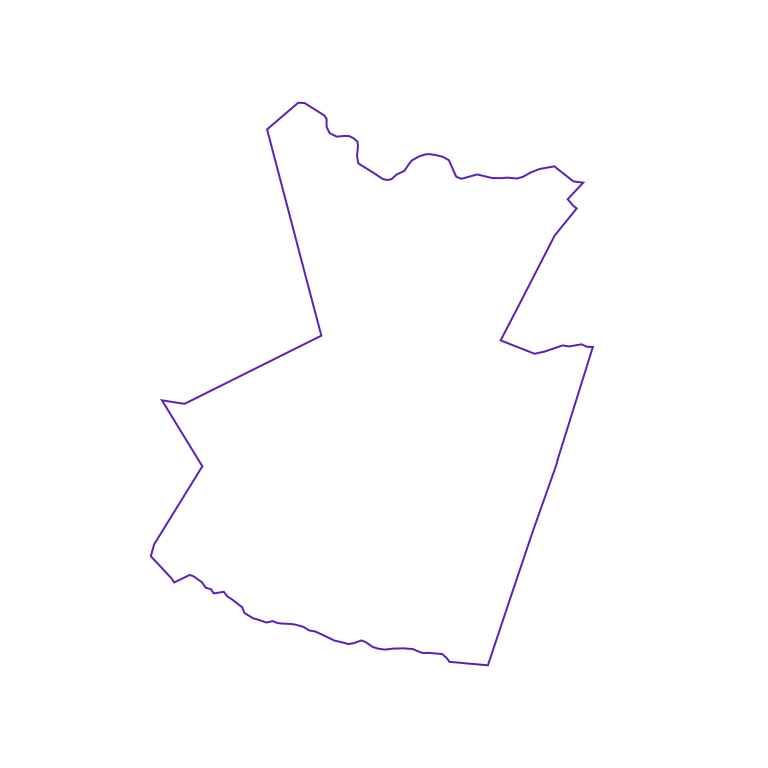 the district of Campo Grande, Rio Grande do Norte, Brazil, rotated 206°
{"feature_id": "56859067B93277354074556", "entity_name": "Campo Grande", "entity_type": "district", "adm_level": 2, "iso_a3": "BRA", "parent_name": "Brazil", "parent_adm1": "Rio Grande do Norte", "projection": "mercator", "projection_center": [-37.314, -5.897], "detail": "fine", "context": "isolated", "style": "outline", "palette": "violet", "viewbox_px": 768, "rotation_deg": 206, "n_neighbors": 0, "source": "geoboundaries", "source_scale": "gbopen_adm2", "svg_char_len": 1498}
<svg xmlns="http://www.w3.org/2000/svg" viewBox="0 0 768 768"><g transform="rotate(206 384 384)"><path d="M518.1,127.0L489.4,116.0L485.6,113.7L474.9,127.2L470.7,127.7L460.5,125.9L454.9,122.7L449.5,123.7L445.3,121.1L436.9,127.0L431.8,124.4L425.7,123.7L413.5,121.1L409.0,117.0L399.4,116.0L393.0,117.1L385.2,118.0L380.1,122.1L374.8,122.5L370.3,124.1L363.0,127.3L357.8,129.0L349.6,130.4L343.4,129.7L336.7,131.5L315.8,131.7L308.6,133.4L302.2,134.6L297.9,137.5L291.9,143.6L287.5,144.0L278.7,142.7L272.6,143.7L266.5,145.8L259.6,150.3L250.5,155.0L241.9,158.4L237.8,158.6L231.1,159.2L226.0,161.9L213.3,166.8L207.9,165.3L203.3,163.0L167.3,176.7L177.1,250.7L185.7,317.2L193.7,387.4L194.7,391.7L212.5,508.8L218.3,506.3L223.8,506.3L234.1,498.9L240.5,496.9L253.8,483.6L261.9,477.2L298.3,474.3L297.3,513.9L295.7,592.2L287.8,626.3L292.2,627.2L299.9,630.6L293.2,652.3L302.6,649.1L326.3,654.3L338.2,645.6L344.5,638.9L349.9,631.2L354.5,627.0L363.7,623.5L369.4,620.1L377.2,616.5L392.1,613.2L404.3,602.4L409.9,601.9L423.8,613.6L430.4,614.0L437.3,612.6L444.4,610.4L447.8,608.2L452.4,603.8L457.1,596.9L458.2,591.4L459.1,584.6L464.6,577.6L467.1,571.3L470.9,568.6L475.4,567.7L485.8,569.2L503.7,571.0L508.1,576.9L511.8,586.7L514.2,590.2L519.3,591.6L524.1,591.5L528.3,589.6L535.0,585.6L542.8,585.6L548.2,589.8L551.9,597.2L555.5,599.2L578.6,601.7L584.4,599.2L600.7,561.6L499.6,444.1L461.5,400.0L507.2,340.5L554.6,278.7L576.4,272.0L511.2,230.4L520.3,139.1L518.1,127.0Z" fill="none" stroke="#5b21b6" stroke-width="2"/></g></svg>